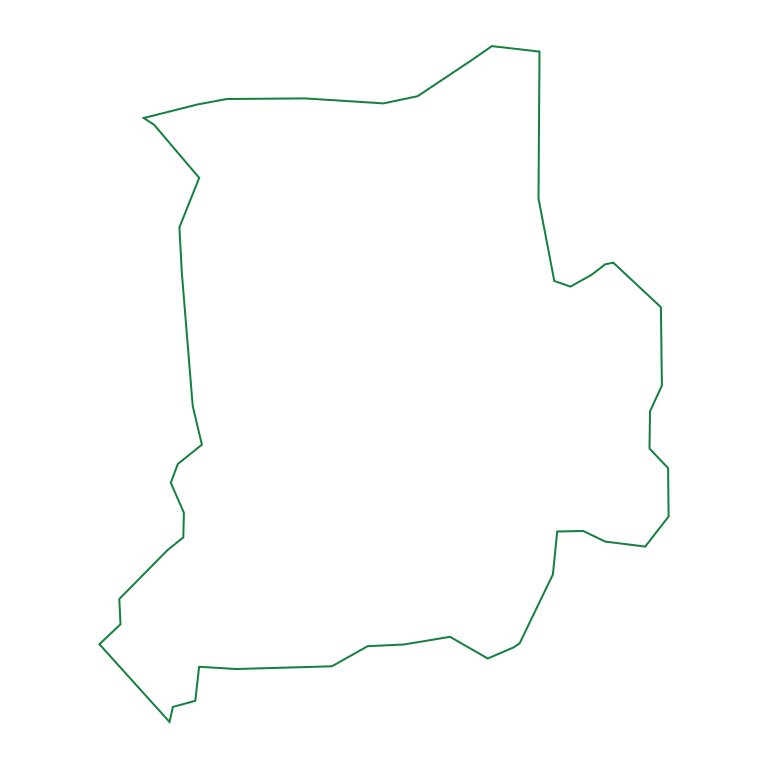 outline of Kantché, Zinder, Niger
{"feature_id": "23599985B81952569357883", "entity_name": "Kantché", "entity_type": "district", "adm_level": 2, "iso_a3": "NER", "parent_name": "Niger", "parent_adm1": "Zinder", "projection": "natural_earth1", "projection_center": [8.524, 13.426], "detail": "fine", "context": "isolated", "style": "outline", "palette": "green", "viewbox_px": 768, "rotation_deg": 0, "n_neighbors": 0, "source": "geoboundaries", "source_scale": "gbopen_adm2", "svg_char_len": 778}
<svg xmlns="http://www.w3.org/2000/svg" viewBox="0 0 768 768"><path d="M99.4,644.2L169.5,721.9L172.9,706.9L195.3,700.8L199.1,666.8L236.2,669.0L331.9,666.3L367.6,646.2L403.8,644.5L450.0,636.8L487.7,658.5L513.8,647.3L519.6,643.4L552.9,574.4L557.2,531.5L583.3,531.0L605.2,541.6L645.2,546.6L668.6,516.5L668.1,468.1L649.5,448.6L650.0,411.3L661.9,385.7L660.9,307.2L613.3,262.7L605.2,264.3L591.4,274.9L570.4,286.6L554.3,281.0L538.5,198.6L539.5,51.6L496.0,46.6L491.9,46.1L471.9,60.0L417.6,96.2L383.4,103.4L304.8,98.4L226.8,99.0L197.3,104.5L143.7,118.0L147.7,120.6L154.1,124.8L199.2,177.9L179.4,227.4L181.8,272.3L192.7,405.9L201.9,444.7L177.8,464.0L170.8,482.8L183.9,512.8L183.3,537.4L167.4,550.2L119.3,599.0L120.5,624.3L99.4,644.2Z" fill="none" stroke="#15803d" stroke-width="2"/></svg>